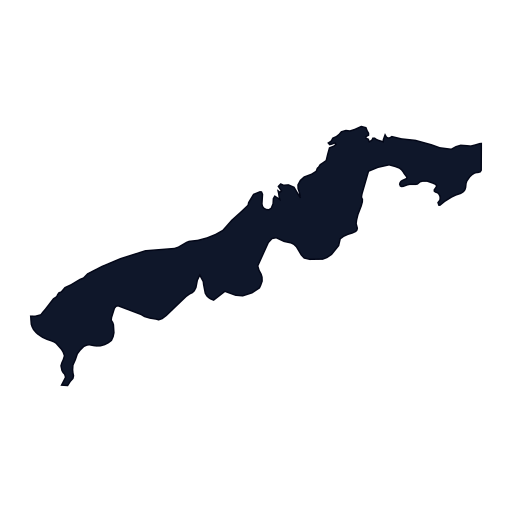 outline of Colón
{"feature_id": "PAN-1337", "entity_name": "Colón", "entity_type": "Province", "adm_level": 1, "iso_a3": "PAN", "parent_name": "Panama", "parent_adm1": "", "projection": "orthographic", "projection_center": [-79.901, 9.122], "detail": "fine", "context": "isolated", "style": "filled", "palette": "ink", "viewbox_px": 512, "rotation_deg": 0, "n_neighbors": 0, "source": "natural_earth", "source_scale": "10m", "svg_char_len": 3712}
<svg xmlns="http://www.w3.org/2000/svg" viewBox="0 0 512 512"><path d="M102.2,266.4L120.5,258.7L145.4,250.8L174.5,248.5L178.4,247.2L186.6,242.4L189.1,241.4L197.9,240.4L207.2,237.9L215.6,234.5L222.9,230.4L231.9,220.2L241.7,211.4L248.1,205.3L248.7,202.5L253.6,194.4L260.0,191.8L261.5,192.0L262.5,194.4L261.9,204.0L262.5,206.5L263.9,208.3L266.1,209.5L268.7,209.8L271.2,208.4L273.1,203.8L273.4,198.6L274.8,196.2L279.8,199.6L279.3,197.4L278.6,193.0L278.1,190.9L278.7,191.3L279.8,192.4L281.5,190.9L278.4,186.4L280.7,184.0L283.6,185.3L288.4,184.9L294.0,187.3L298.6,195.1L300.4,198.0L299.4,192.4L298.1,188.5L298.0,184.9L300.4,180.4L304.2,177.0L311.7,174.2L315.9,171.5L316.5,170.8L317.1,168.9L317.6,168.0L318.5,167.4L320.2,164.7L322.5,163.2L326.2,160.6L327.8,154.0L329.5,147.9L334.0,146.1L336.0,144.3L334.8,142.9L332.0,144.0L329.7,144.6L328.3,143.0L329.9,142.0L331.4,140.9L332.8,138.2L336.4,136.6L339.2,134.4L341.4,131.8L345.9,130.5L349.9,131.0L354.9,129.4L361.3,126.5L365.9,127.7L367.1,130.8L368.5,133.2L368.5,135.2L365.9,136.6L365.9,138.2L368.4,139.3L368.4,139.9L369.3,141.8L370.6,141.0L371.5,140.5L372.2,139.7L372.9,138.2L374.6,138.2L376.2,139.4L378.2,140.3L383.2,141.8L383.4,139.6L385.1,134.9L386.4,137.2L388.1,138.1L390.0,137.8L391.8,136.6L401.4,138.9L415.4,140.4L431.4,144.8L439.7,147.8L451.3,149.3L456.0,146.7L460.7,145.3L466.5,145.7L470.8,146.1L475.2,145.0L479.9,143.6L481.3,143.5L481.3,148.8L481.2,170.2L480.2,171.8L478.2,172.4L476.1,172.6L474.4,173.1L471.8,174.8L469.7,176.8L466.8,181.0L466.0,183.4L465.6,187.4L465.1,189.1L464.4,190.5L462.9,192.0L460.6,193.4L455.8,195.0L451.6,197.0L444.7,201.3L439.9,205.2L438.9,205.2L438.0,202.6L439.8,200.3L440.1,199.2L440.2,197.7L439.9,196.0L439.0,194.2L437.7,192.8L435.4,192.0L434.3,191.1L434.3,189.8L436.2,187.1L436.7,185.8L435.5,184.3L432.9,183.1L427.1,181.1L422.6,181.1L420.0,181.8L417.4,184.0L415.8,184.3L409.8,184.3L407.4,184.8L403.3,186.3L401.6,186.5L400.4,186.0L399.7,184.2L400.1,182.7L401.0,181.4L402.3,180.5L405.4,179.1L406.6,178.5L407.0,177.7L406.6,176.7L404.1,173.4L403.3,172.0L401.6,169.8L399.5,168.1L395.3,166.5L389.1,164.8L377.9,167.3L368.5,171.2L362.0,193.7L361.5,196.4L361.7,198.2L362.4,199.2L362.3,201.9L361.2,205.9L357.9,214.5L356.6,219.8L356.1,223.6L357.3,228.2L356.9,230.0L355.7,231.4L352.2,233.0L347.9,234.3L343.5,236.3L341.7,237.7L340.2,238.7L338.6,245.6L331.5,254.4L326.9,257.5L322.7,259.1L309.7,259.3L304.2,258.0L301.3,254.9L296.5,246.8L293.9,244.3L291.1,242.9L284.1,241.4L276.2,237.7L272.0,238.5L268.3,242.5L257.7,265.9L259.0,270.3L261.1,274.2L262.0,277.2L262.1,281.1L260.7,285.1L259.4,287.9L252.0,292.8L242.7,295.8L235.6,295.2L224.9,291.3L213.6,300.1L210.5,298.8L208.6,297.5L206.9,295.9L205.3,293.2L203.6,284.4L203.3,281.6L199.8,275.0L197.3,280.2L195.9,287.5L194.2,290.8L192.3,292.6L189.6,293.9L186.1,296.4L166.2,315.5L162.1,318.6L158.6,319.8L156.3,319.1L150.0,318.1L144.5,316.5L141.2,314.5L118.2,305.8L116.1,306.2L114.4,308.2L111.5,317.5L111.2,320.0L111.7,321.1L112.6,322.4L113.4,324.7L113.9,332.7L113.1,336.6L111.4,340.4L108.2,342.8L104.6,344.6L100.4,345.8L96.7,345.9L93.9,345.6L89.2,344.7L86.8,345.1L83.8,346.4L80.0,350.2L77.3,353.8L75.3,359.7L72.9,365.1L72.6,369.8L72.9,372.9L73.5,375.8L72.9,378.4L70.2,381.4L67.6,385.5L61.6,385.1L65.6,377.3L65.1,375.5L64.6,374.1L63.2,372.6L62.0,370.5L61.0,365.8L61.9,362.8L63.3,359.7L64.5,355.8L63.2,352.1L61.5,349.3L56.1,343.2L54.3,342.0L51.4,340.8L47.0,339.3L42.6,337.3L38.0,334.2L36.2,332.6L33.6,329.6L32.1,326.6L31.3,324.2L30.9,319.0L30.9,318.3L30.7,316.2L35.2,316.3L40.9,314.8L43.3,311.7L45.4,309.3L50.7,302.4L53.5,298.8L56.0,297.2L56.9,296.4L57.7,294.6L59.0,292.8L61.3,292.0L65.0,287.6L70.9,284.9L80.1,279.4L83.6,278.0L87.7,273.8L102.2,266.4Z" fill="#0f172a" stroke="#020617" stroke-width="1.5"/></svg>